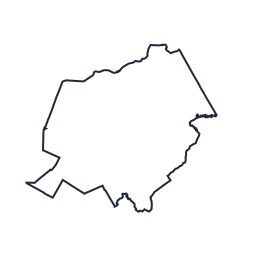 the district of Mālupes pag., Aluksne, Latvia, rotated 200°
{"feature_id": "27541924B23418807061987", "entity_name": "Mālupes pag.", "entity_type": "district", "adm_level": 2, "iso_a3": "LVA", "parent_name": "Latvia", "parent_adm1": "Aluksne", "projection": "albers", "projection_center": [27.242, 57.317], "detail": "fine", "context": "isolated", "style": "outline", "palette": "slate", "viewbox_px": 256, "rotation_deg": 200, "n_neighbors": 0, "source": "geoboundaries", "source_scale": "gbopen_adm2", "svg_char_len": 5221}
<svg xmlns="http://www.w3.org/2000/svg" viewBox="0 0 256 256"><g transform="rotate(200 128 128)"><path d="M174.9,36.8L173.8,43.1L171.5,56.9L158.7,54.0L157.1,53.7L154.7,53.1L151.7,52.5L147.5,51.6L146.6,51.3L144.8,53.2L143.3,54.5L140.6,57.0L140.1,57.6L139.7,57.9L134.1,63.3L132.1,65.1L128.7,61.6L128.0,61.8L121.6,56.4L113.7,49.9L113.6,49.6L112.5,50.6L112.0,51.3L111.4,52.5L111.5,52.8L112.1,52.8L112.6,53.0L112.9,53.3L113.0,53.4L113.0,53.7L112.8,54.7L112.9,55.7L112.9,56.3L112.8,56.6L112.4,57.2L111.5,58.8L111.2,59.2L110.4,59.5L110.1,59.7L109.8,59.9L109.7,60.2L109.5,61.0L109.3,61.4L109.3,61.6L109.3,61.8L110.5,63.6L110.7,64.0L110.5,64.4L110.2,64.5L109.3,64.6L108.8,64.7L107.8,65.4L107.4,65.8L107.2,65.7L106.8,65.7L106.7,65.4L106.3,65.1L106.3,64.7L106.1,64.6L105.6,64.7L105.5,64.0L105.4,63.7L105.5,63.6L106.0,63.7L106.2,63.3L105.9,63.2L105.7,63.2L105.2,63.4L105.0,63.2L105.1,62.8L105.1,62.7L104.9,62.7L104.9,62.9L104.8,63.0L104.3,62.7L104.1,62.3L104.0,62.0L104.0,61.6L103.5,61.2L103.4,61.2L103.3,61.5L103.2,61.6L102.9,61.5L102.8,61.8L102.6,62.0L102.0,62.1L101.7,62.1L101.1,61.5L100.6,60.9L100.2,60.5L99.0,60.4L98.3,60.0L97.8,59.9L97.3,59.5L96.3,59.2L95.8,58.7L95.6,58.4L95.4,57.8L95.1,56.6L94.9,56.2L94.2,55.7L92.9,55.0L92.7,54.5L92.8,53.8L89.5,52.9L89.3,53.0L88.8,54.1L88.4,54.5L87.7,54.6L85.9,54.5L84.7,57.2L82.6,56.9L79.6,56.7L78.3,59.4L78.2,59.7L78.3,60.4L78.6,61.1L78.8,62.2L79.3,63.8L80.6,66.8L80.9,67.4L82.1,68.6L82.7,70.3L83.2,70.7L82.1,73.3L81.2,77.0L78.9,80.3L79.0,80.4L76.8,83.5L75.6,85.5L70.4,93.0L70.1,93.3L70.1,93.5L72.4,94.9L74.4,96.6L74.2,96.8L73.3,98.1L73.1,99.3L72.7,100.0L72.5,100.5L72.0,101.1L71.2,101.9L70.9,102.2L70.8,103.0L70.4,103.5L69.8,105.1L69.3,106.0L67.8,107.1L66.1,110.0L64.7,111.1L64.6,111.3L64.1,113.7L64.0,114.1L62.7,114.9L62.5,116.3L63.0,117.8L63.2,118.9L63.5,119.3L64.0,120.2L64.0,120.4L63.9,121.8L64.9,123.9L65.0,124.8L65.3,125.9L65.3,126.1L65.0,126.9L63.8,128.7L63.3,129.7L63.3,130.0L63.5,130.3L63.5,132.0L61.5,134.6L59.1,137.0L59.2,138.6L59.1,140.8L58.7,144.8L58.8,146.3L58.9,146.9L59.0,147.1L62.0,148.6L62.4,149.6L63.1,149.3L63.1,149.5L63.2,150.1L63.3,150.1L63.7,150.1L63.8,149.9L64.4,150.0L64.3,150.4L63.9,150.6L64.0,150.9L64.1,151.0L64.3,151.1L64.6,150.9L64.9,150.8L65.2,150.5L65.3,150.5L65.5,150.7L65.5,150.8L65.6,151.0L66.8,151.4L66.8,151.5L66.7,151.6L66.7,151.8L67.3,152.0L67.6,151.9L68.4,152.4L68.9,151.9L69.4,151.5L70.0,151.6L70.5,151.9L71.2,152.8L71.3,153.0L71.0,153.3L71.2,153.6L71.5,153.6L71.7,153.9L71.7,154.1L71.7,154.5L71.3,155.1L71.4,155.5L71.3,155.8L69.5,157.5L68.7,158.3L67.6,159.9L67.4,160.3L67.2,160.6L66.8,160.9L66.7,161.0L66.8,161.3L66.9,161.6L67.3,162.1L67.7,163.0L67.7,163.3L67.6,163.9L67.4,164.3L67.1,164.4L66.9,164.4L66.6,164.2L66.3,163.9L66.2,163.7L66.5,163.3L66.5,163.2L66.3,162.9L66.2,162.6L66.2,161.9L66.0,161.7L65.8,161.8L65.2,162.1L64.6,163.0L64.3,163.3L64.0,163.4L63.7,163.3L63.4,163.6L63.4,163.8L63.4,164.0L63.7,164.3L63.6,164.6L63.3,164.5L63.2,164.3L62.8,164.0L62.6,164.0L62.2,164.0L61.9,164.3L61.7,164.6L62.0,165.3L61.8,165.7L61.7,165.7L61.4,165.6L60.7,165.2L60.1,165.0L59.7,164.8L59.6,164.7L59.3,164.5L59.1,164.5L58.7,164.7L58.7,164.8L58.7,165.0L59.0,165.2L59.1,165.3L59.2,165.8L59.1,166.0L59.3,166.4L59.5,166.6L59.8,166.4L60.0,166.4L60.0,166.6L59.9,166.8L59.6,166.9L59.0,166.6L58.6,166.6L58.1,166.7L57.7,166.3L56.9,165.3L56.5,165.5L56.4,165.7L56.5,166.4L56.4,166.6L55.9,166.8L55.6,166.8L55.6,167.1L55.5,167.4L55.3,167.6L54.7,167.7L54.2,167.5L54.0,167.3L53.7,166.9L53.5,166.6L53.2,166.7L53.1,166.8L53.1,167.1L53.1,167.4L53.2,168.0L53.9,168.5L54.0,168.7L54.0,168.8L53.8,168.9L53.7,168.9L53.3,168.3L53.1,168.3L52.4,168.7L52.2,168.8L51.1,168.7L49.7,168.9L49.5,169.1L49.5,169.3L49.7,169.5L50.4,169.5L50.5,169.6L50.6,169.9L50.3,170.2L49.5,170.4L49.3,170.6L49.6,170.8L65.4,183.8L68.6,186.6L73.6,190.7L77.0,193.8L83.8,199.5L101.6,214.8L105.1,218.0L106.7,219.2L106.8,219.2L106.8,218.8L106.9,218.5L108.4,216.8L110.0,215.9L113.4,213.0L113.7,213.0L118.6,214.4L119.7,215.7L119.7,215.9L119.0,216.8L119.1,217.0L120.3,218.6L121.4,219.1L121.6,219.1L123.7,217.8L123.8,217.9L124.1,218.1L125.3,217.1L127.7,216.0L131.1,215.0L135.1,213.7L135.2,213.4L135.9,209.2L135.7,208.7L135.4,206.4L135.3,204.8L134.3,202.5L135.3,199.9L136.4,198.7L137.8,198.1L138.5,197.7L138.6,197.3L138.3,196.0L139.5,194.6L140.7,194.3L140.9,194.2L141.8,193.8L143.7,193.7L143.9,193.5L145.5,191.2L149.5,188.7L153.7,183.5L155.4,179.4L155.2,179.2L155.6,178.7L155.8,178.3L156.1,178.4L156.4,178.3L156.3,178.0L156.4,177.9L156.5,177.9L156.5,177.5L156.9,177.2L157.2,177.2L157.3,177.4L157.5,177.2L157.8,177.0L157.8,176.8L157.8,176.5L157.7,176.3L158.8,175.7L160.4,174.9L166.1,175.5L168.8,174.7L170.4,174.1L174.1,170.8L177.7,170.1L178.5,169.6L178.8,169.2L178.9,168.4L178.8,166.5L178.9,166.0L179.0,165.6L185.4,156.8L185.9,156.5L202.5,151.6L205.4,149.2L205.5,139.6L205.8,133.0L205.7,117.7L205.8,113.7L206.0,105.6L205.9,102.0L206.6,99.6L204.9,99.4L206.7,97.5L206.7,97.3L206.6,97.1L205.2,92.6L203.1,86.6L202.9,85.6L201.4,81.5L200.2,78.0L182.2,76.7L183.2,68.8L183.2,68.7L183.3,68.6L183.4,68.1L185.1,62.9L186.0,62.0L186.6,62.3L191.5,54.0L192.8,51.9L193.4,50.9L196.5,45.5L197.0,44.5L200.5,43.4L204.7,41.9L204.3,41.5L192.2,39.6L184.8,38.4L183.4,37.8L174.9,36.8Z" fill="none" stroke="#1e293b" stroke-width="2"/></g></svg>